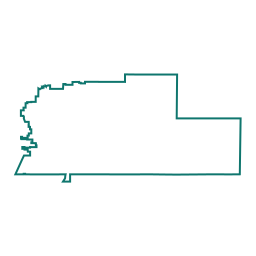 East Pilbara, Western Australia, Australia (Natural Earth projection)
{"feature_id": "25037944B14743311013482", "entity_name": "East Pilbara", "entity_type": "district", "adm_level": 2, "iso_a3": "AUS", "parent_name": "Australia", "parent_adm1": "Western Australia", "projection": "natural_earth1", "projection_center": [120.361, -21.612], "detail": "fine", "context": "isolated", "style": "outline", "palette": "teal", "viewbox_px": 256, "rotation_deg": 0, "n_neighbors": 0, "source": "geoboundaries", "source_scale": "gbopen_adm2", "svg_char_len": 2591}
<svg xmlns="http://www.w3.org/2000/svg" viewBox="0 0 256 256"><path d="M15.4,174.3L23.7,174.3L23.7,173.8L25.1,173.8L25.1,174.3L31.9,174.4L46.7,174.4L56.2,174.4L65.6,174.3L65.3,175.9L65.3,176.0L65.2,176.7L65.2,176.8L65.1,178.1L64.9,178.6L63.0,181.6L66.6,181.6L70.1,181.6L70.1,174.3L80.7,174.3L90.9,174.3L101.5,174.3L113.2,174.4L124.7,174.4L136.3,174.4L147.8,174.3L155.7,174.4L165.2,174.5L176.1,174.6L214.6,174.3L228.8,174.4L239.8,174.3L240.6,118.4L176.7,118.4L177.1,74.5L134.3,74.5L125.0,74.4L125.0,81.9L85.0,81.8L85.0,83.4L80.8,83.4L80.8,82.8L79.1,82.8L79.1,81.9L72.5,82.0L72.5,84.8L65.5,84.8L65.5,84.0L63.3,84.0L63.0,88.9L59.2,88.9L58.2,88.9L50.1,88.9L50.1,85.3L49.9,85.3L49.7,85.4L49.2,85.4L49.0,85.5L48.9,85.5L48.7,85.4L48.4,85.4L48.2,85.4L48.1,85.5L47.4,85.7L47.2,85.7L46.9,85.8L46.6,85.9L46.2,86.0L45.9,86.2L45.9,86.3L45.8,86.2L45.8,86.3L45.8,86.2L45.7,86.2L45.8,86.2L45.7,86.2L45.3,86.4L45.2,86.4L44.9,86.4L44.7,86.4L44.3,86.4L44.2,86.4L44.2,86.5L44.2,86.4L44.3,86.4L44.2,86.3L44.0,86.2L43.9,86.2L43.7,86.0L43.8,86.2L43.8,86.3L43.7,86.5L43.6,86.4L43.5,86.2L43.5,86.3L43.4,86.3L43.2,86.3L43.0,86.5L42.9,86.5L43.0,86.6L43.3,86.7L43.3,86.8L43.4,86.7L43.4,86.8L43.3,86.7L43.2,86.7L43.2,86.8L43.2,86.7L43.2,86.8L43.2,87.0L43.3,87.1L43.3,87.3L43.2,87.3L43.2,87.2L43.2,87.3L43.3,87.4L43.3,87.5L43.3,87.4L43.2,87.5L42.9,87.6L42.8,87.8L42.7,87.7L42.6,87.8L42.4,87.9L42.3,88.0L42.2,88.0L42.3,88.0L42.3,87.9L42.5,87.8L42.5,87.7L42.4,87.6L42.4,87.4L42.4,87.2L42.2,87.1L41.9,87.2L41.9,87.3L41.8,87.5L41.8,87.8L41.7,87.9L41.7,88.0L41.3,88.3L41.2,88.4L40.7,88.7L40.5,88.8L40.1,88.9L40.0,89.0L39.8,89.0L39.7,89.1L39.4,89.2L39.5,89.2L39.5,88.9L39.4,88.9L39.4,89.0L39.4,88.9L39.1,88.8L39.0,88.7L38.9,88.7L38.7,88.6L38.4,88.4L38.3,96.4L35.7,96.4L35.7,101.9L31.3,101.9L31.3,102.1L27.1,102.1L27.1,102.9L27.2,103.2L25.6,103.2L25.6,107.7L23.5,107.7L23.5,108.8L23.7,110.3L20.9,110.3L20.9,115.9L23.2,115.9L23.2,116.0L23.5,116.0L23.8,116.4L23.8,116.5L23.9,116.8L23.9,118.1L23.8,118.4L23.8,118.5L25.1,121.9L28.7,121.9L28.8,124.9L28.6,124.9L28.6,126.9L30.0,126.9L30.0,129.3L31.3,129.3L31.3,133.4L28.8,133.4L28.8,135.6L27.5,135.6L27.5,136.9L27.7,137.3L27.7,137.5L27.7,137.9L22.1,137.9L22.1,136.8L21.0,136.8L21.0,138.7L21.6,138.7L21.6,139.1L23.4,139.1L27.2,139.2L27.2,139.5L32.4,139.5L32.4,142.3L31.3,142.3L31.3,143.1L35.5,143.1L35.5,143.4L35.9,143.4L35.9,145.3L36.5,145.3L36.5,147.1L31.6,147.1L30.1,147.0L30.1,147.7L24.5,147.7L24.5,147.0L22.3,147.0L22.3,148.8L24.5,148.8L24.5,149.6L27.7,149.6L27.8,151.7L30.1,151.7L30.1,155.5L24.0,155.5L22.2,159.3L15.4,174.3Z" fill="none" stroke="#0f766e" stroke-width="2"/></svg>